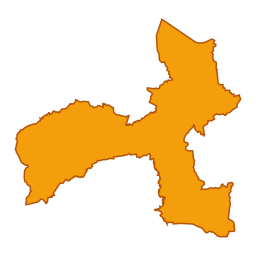 Hat Yai, Songkhla, Thailand (Mercator projection)
{"feature_id": "78962969B23143470212652", "entity_name": "Hat Yai", "entity_type": "district", "adm_level": 2, "iso_a3": "THA", "parent_name": "Thailand", "parent_adm1": "Songkhla", "projection": "mercator", "projection_center": [100.414, 6.987], "detail": "fine", "context": "isolated", "style": "filled", "palette": "amber", "viewbox_px": 256, "rotation_deg": 0, "n_neighbors": 0, "source": "geoboundaries", "source_scale": "gbopen_adm2", "svg_char_len": 5905}
<svg xmlns="http://www.w3.org/2000/svg" viewBox="0 0 256 256"><path d="M75.9,99.6L74.4,103.5L71.3,104.2L70.9,103.7L70.2,103.8L66.7,108.1L64.6,108.9L62.0,109.0L60.2,111.0L59.8,112.3L58.2,112.0L57.8,112.6L57.1,111.9L55.8,112.4L54.4,111.0L53.0,111.5L51.8,113.7L49.7,114.6L49.8,113.8L49.0,113.5L49.3,112.9L48.7,112.8L47.5,114.4L46.7,114.5L46.5,115.3L46.0,114.9L44.0,116.1L42.6,118.3L42.4,117.5L41.8,118.6L40.0,118.2L40.5,119.5L40.1,121.0L39.0,121.1L36.9,123.4L35.6,124.0L34.1,123.8L28.0,125.9L24.2,128.2L23.1,129.6L20.7,130.0L19.9,130.7L19.8,132.2L18.5,132.4L17.1,134.5L17.0,136.8L16.0,138.9L17.3,140.2L17.2,141.5L15.4,149.8L16.4,151.0L16.4,152.3L18.3,155.1L21.4,162.4L25.2,165.0L28.0,165.5L27.8,167.2L26.0,168.0L24.5,170.9L24.2,177.8L25.0,181.8L26.5,182.2L27.3,184.6L30.4,186.6L30.3,190.7L31.4,191.4L29.8,192.5L29.7,193.9L28.3,196.3L27.4,196.8L26.2,198.8L26.6,200.7L25.9,202.5L26.1,204.8L37.3,202.1L39.8,200.4L40.8,199.0L43.8,200.1L44.3,201.4L45.6,202.2L45.7,203.3L46.3,203.4L47.5,201.5L48.0,197.5L50.0,197.4L50.3,196.8L51.0,197.2L51.7,196.2L52.3,196.9L52.7,196.1L52.2,195.4L54.4,195.3L53.5,193.1L60.0,183.1L63.0,183.2L65.7,179.4L66.8,180.2L67.4,179.9L68.0,180.8L69.6,180.6L70.1,179.2L71.9,178.6L73.0,177.2L74.3,177.2L75.5,175.6L77.0,176.7L77.7,176.4L77.8,176.9L80.5,177.4L81.8,176.6L82.9,177.2L84.6,175.3L84.3,175.1L84.9,173.7L86.0,172.5L85.7,171.9L86.7,171.1L86.5,170.1L87.0,170.5L88.0,168.2L88.9,167.9L90.1,168.5L91.3,167.8L91.7,166.7L92.5,166.4L92.0,165.8L92.4,164.2L96.5,162.5L97.3,160.6L99.1,160.8L103.1,159.7L107.3,159.5L109.6,158.4L113.8,158.8L113.6,157.0L124.2,155.6L124.2,154.9L126.8,155.0L129.4,153.4L130.4,154.9L136.3,154.2L136.7,156.9L138.2,156.8L139.8,157.9L143.8,155.3L146.2,155.6L148.7,153.9L149.8,153.8L150.6,155.4L149.8,156.2L150.3,157.6L149.8,159.1L151.0,159.8L152.4,158.6L153.4,158.6L153.6,160.9L154.3,162.0L153.5,162.3L153.7,163.8L154.2,163.6L154.5,164.2L154.7,165.5L154.1,166.4L154.8,167.5L154.5,167.9L155.2,169.2L155.9,168.9L155.8,169.8L158.0,171.5L158.1,172.9L158.7,172.5L159.2,173.1L157.7,175.2L159.0,175.2L160.0,177.2L159.7,178.9L160.3,179.4L158.7,180.9L158.7,181.3L159.6,181.4L158.5,181.7L158.7,182.6L158.3,183.1L159.5,183.9L159.4,184.9L160.1,185.1L159.4,185.5L159.6,186.4L160.9,186.8L160.6,188.0L158.8,189.8L159.4,191.5L158.7,191.3L158.6,192.9L159.4,196.2L160.6,197.3L161.6,196.0L162.7,197.5L163.3,197.1L163.7,197.8L163.9,197.0L165.1,197.4L164.9,198.4L164.2,198.0L164.3,198.7L163.7,198.6L163.7,199.1L163.0,199.1L162.5,199.8L163.1,199.9L162.5,200.3L162.7,201.0L163.5,201.1L163.8,202.0L162.9,202.5L163.4,202.8L162.8,203.0L162.7,203.7L163.4,203.7L162.8,206.1L160.8,206.8L159.7,206.4L160.0,208.1L159.5,208.8L158.2,209.1L157.9,208.7L157.3,209.3L155.3,209.4L154.7,209.9L155.4,210.5L158.1,210.2L159.5,211.2L160.5,211.2L161.9,213.4L161.6,214.3L160.3,214.7L160.3,215.8L162.5,217.3L163.0,218.6L164.3,218.9L163.5,219.5L164.0,220.9L165.6,221.3L167.0,224.1L167.1,222.4L173.1,222.5L173.3,223.9L180.4,223.4L193.0,224.0L197.9,226.6L202.0,228.0L205.7,232.5L207.3,232.8L209.4,231.1L211.7,232.1L213.2,232.0L217.4,235.9L220.5,236.7L226.4,236.7L227.5,236.0L227.2,235.3L228.7,233.3L228.6,231.5L234.2,231.3L234.8,229.2L234.2,227.9L234.5,226.6L233.6,225.7L234.2,224.7L233.9,223.2L232.7,221.2L228.2,218.8L230.3,203.2L229.6,201.1L229.7,198.4L230.3,197.4L228.9,195.7L228.7,194.1L230.9,191.5L230.4,189.9L231.5,187.7L231.1,186.2L232.8,185.6L232.9,183.6L232.0,182.5L228.1,183.2L227.0,186.9L226.3,187.4L224.8,186.1L223.5,185.7L222.5,184.1L221.3,185.0L221.2,186.7L219.1,188.3L214.6,187.7L213.1,188.4L211.8,187.9L209.5,188.0L208.7,188.8L205.2,189.3L202.5,189.0L201.3,189.5L201.9,186.5L204.4,184.3L204.1,181.9L198.3,179.2L198.6,177.7L197.3,176.5L195.5,172.3L194.2,171.2L194.0,168.7L193.2,167.4L194.2,164.9L194.0,162.4L194.5,160.3L193.4,158.5L192.8,150.9L188.7,150.9L185.7,149.5L185.7,147.0L186.9,146.2L188.1,144.4L187.6,142.8L185.2,142.4L184.1,141.1L184.0,138.8L186.0,134.5L188.4,132.6L189.0,130.8L192.8,127.3L193.9,125.0L194.8,126.9L194.5,127.9L195.0,129.1L197.7,132.3L199.6,131.5L200.7,132.8L201.0,134.5L202.8,134.5L203.9,135.8L204.6,134.3L203.7,133.0L203.9,130.5L203.1,127.5L204.0,125.9L207.5,123.9L207.3,123.2L208.3,121.9L207.9,120.5L211.3,120.8L214.3,119.2L214.6,118.8L213.5,117.9L213.6,115.9L216.5,114.0L219.4,114.7L223.0,113.9L224.9,115.3L225.9,115.2L226.6,113.5L230.1,112.2L232.4,109.9L236.9,107.2L237.5,103.1L240.0,100.5L240.6,98.7L239.3,96.1L239.4,95.0L234.1,96.4L233.9,94.2L232.2,94.3L230.9,92.8L229.8,92.6L229.6,90.2L225.6,90.5L224.5,87.8L223.2,87.9L222.9,84.7L220.2,84.8L218.2,83.4L216.8,70.3L217.2,69.8L216.3,69.7L216.2,62.3L213.8,61.0L212.8,57.9L213.1,54.1L211.5,52.4L213.5,50.8L213.2,47.1L215.2,46.4L215.9,45.3L215.7,44.2L214.0,44.1L213.3,43.4L214.7,40.5L211.9,39.0L205.6,42.1L202.5,42.9L199.0,43.1L195.4,42.1L161.9,19.3L156.4,35.6L157.3,49.9L159.2,54.4L159.3,58.8L159.9,60.7L161.7,62.5L164.4,62.1L165.9,66.2L167.6,67.5L167.0,70.3L169.0,71.4L168.7,74.1L170.3,75.6L169.5,77.6L171.2,77.9L172.4,79.7L171.5,80.3L168.0,80.2L167.2,82.1L166.0,81.0L164.6,81.6L163.0,84.3L160.1,85.5L159.3,88.3L157.5,88.7L156.0,88.1L153.7,88.7L147.5,87.9L147.1,88.6L147.4,89.9L149.0,91.3L150.9,91.9L152.4,94.0L150.7,96.6L150.9,98.1L149.4,102.2L156.7,105.9L155.4,108.5L156.5,110.0L155.5,111.2L155.6,111.9L154.3,111.6L154.4,112.2L153.1,112.6L153.0,113.1L152.2,113.3L151.6,113.0L151.6,112.3L150.5,112.4L149.0,114.2L145.4,116.1L143.9,118.1L141.9,118.3L142.0,118.8L139.7,120.8L138.8,120.5L138.7,121.1L137.7,120.6L135.3,121.7L135.5,122.4L134.4,122.1L133.4,122.6L132.1,125.3L131.0,125.1L130.7,124.5L129.7,124.7L129.6,123.9L128.2,124.2L128.7,124.6L128.0,124.6L127.9,125.3L125.8,125.1L129.0,115.7L127.3,116.0L126.4,116.9L115.8,114.4L113.8,112.4L113.2,107.4L112.2,107.4L108.9,105.1L106.2,105.1L105.3,104.8L105.2,103.9L103.6,104.5L102.7,102.9L103.1,107.2L98.5,105.4L96.4,107.0L93.9,107.6L92.4,106.2L91.2,106.4L90.2,105.7L88.2,101.7L82.4,101.4L81.2,102.2L79.1,101.6L75.9,99.6Z" fill="#f59e0b" stroke="#b45309" stroke-width="1.5"/></svg>